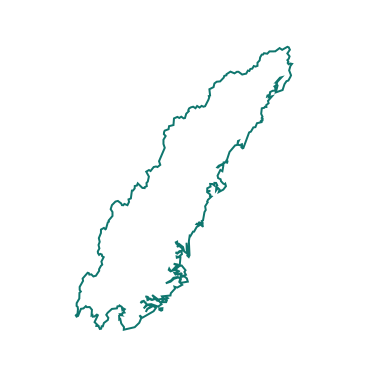 Thandwe, Rakhine, Myanmar (Albers equal-area conic projection), rotated 227°
{"feature_id": "60261553B46892654123535", "entity_name": "Thandwe", "entity_type": "district", "adm_level": 2, "iso_a3": "MMR", "parent_name": "Myanmar", "parent_adm1": "Rakhine", "projection": "albers", "projection_center": [94.444, 18.437], "detail": "fine", "context": "isolated", "style": "outline", "palette": "teal", "viewbox_px": 384, "rotation_deg": 227, "n_neighbors": 0, "source": "geoboundaries", "source_scale": "gbopen_adm2", "svg_char_len": 6026}
<svg xmlns="http://www.w3.org/2000/svg" viewBox="0 0 384 384"><g transform="rotate(227 192 192)"><path d="M246.6,203.9L242.9,202.2L237.0,188.9L233.5,187.3L233.8,183.8L235.2,183.1L236.4,181.0L235.6,176.0L237.4,175.5L238.1,172.4L232.7,171.0L229.8,166.8L229.6,164.8L227.1,162.9L227.8,160.7L227.2,160.0L228.8,158.5L235.3,158.2L234.3,156.1L235.4,154.2L233.7,152.5L233.3,149.8L234.0,149.0L229.0,142.9L229.9,140.5L227.7,139.2L226.4,135.8L229.4,134.4L229.2,132.7L230.2,131.8L231.9,132.4L236.0,131.7L237.2,129.5L237.0,124.5L234.9,120.8L231.6,120.2L228.7,117.5L228.0,111.6L227.0,111.0L227.2,109.7L223.7,103.9L223.8,103.2L225.8,103.1L226.6,99.8L224.1,97.4L221.8,92.4L218.5,90.5L217.0,87.5L213.9,85.8L212.8,82.6L211.5,81.6L209.4,81.2L209.3,82.7L207.8,83.4L206.3,82.5L204.6,83.0L202.9,78.3L200.1,76.8L200.1,75.0L198.9,71.4L197.7,70.4L196.3,64.6L197.5,62.3L200.4,62.2L201.6,60.6L203.1,61.2L204.1,60.6L203.3,53.0L201.3,51.7L199.2,45.1L197.0,43.1L195.0,42.8L195.0,40.9L190.9,36.9L189.4,31.9L187.4,29.9L185.9,30.0L184.1,28.7L181.0,25.2L181.0,22.9L179.6,22.6L179.1,24.2L182.3,31.1L180.9,33.2L180.9,36.5L179.6,36.5L177.6,38.7L174.1,38.5L170.2,34.3L169.9,35.3L168.5,34.4L167.5,35.7L167.2,38.8L166.1,39.1L163.3,32.0L159.3,32.2L159.9,31.6L159.3,30.7L157.8,32.2L154.7,31.2L154.0,32.3L155.4,34.4L154.6,35.2L156.3,38.3L155.8,43.1L157.0,45.0L160.6,45.5L161.2,47.9L161.1,53.7L158.1,57.7L159.2,59.5L158.1,60.9L158.4,61.6L155.9,62.3L153.7,60.9L154.0,62.3L152.1,62.9L151.9,60.7L149.9,60.4L150.9,58.7L150.3,57.7L151.4,56.4L149.8,56.5L151.3,55.3L151.3,54.4L148.3,51.8L148.0,52.9L144.1,50.6L139.6,50.1L137.8,48.2L132.2,57.9L132.3,64.2L134.4,68.9L137.6,69.5L133.9,70.0L131.0,82.6L131.8,86.6L135.1,85.9L136.8,79.6L135.8,76.4L137.0,79.6L135.9,85.9L139.8,82.2L139.8,77.3L140.6,82.2L145.1,82.3L145.9,78.7L146.3,80.4L145.3,82.5L140.2,82.4L137.8,85.7L131.3,89.1L130.7,93.2L134.5,93.6L136.5,92.3L138.8,92.4L140.2,89.2L140.8,88.7L142.7,88.3L143.0,86.3L143.5,85.9L144.7,86.6L145.1,87.8L147.5,86.7L145.5,88.1L144.9,88.0L143.4,86.2L143.0,88.5L140.2,89.5L139.7,92.4L143.8,92.6L136.5,93.9L133.6,98.2L136.2,98.8L131.0,105.7L132.4,107.4L132.9,113.7L134.7,114.6L132.2,116.0L130.8,121.5L134.9,121.4L136.8,124.7L139.0,123.4L140.8,119.7L141.0,115.2L143.1,110.6L141.6,116.6L141.9,119.9L139.8,123.3L137.3,125.0L135.9,124.6L134.6,121.9L132.8,122.4L129.3,127.8L132.3,129.3L135.6,128.8L137.4,126.0L139.6,128.0L141.4,125.0L142.7,124.9L142.9,123.7L143.3,123.7L144.7,124.0L143.6,125.4L143.5,128.0L146.9,125.8L148.6,122.2L150.9,121.9L151.5,123.1L148.7,122.5L148.1,123.3L148.4,128.9L147.7,131.3L152.0,129.7L148.7,132.1L147.2,132.0L146.9,133.2L152.3,139.2L153.4,138.8L153.3,137.9L154.3,136.1L155.3,136.8L153.7,137.8L153.4,142.2L155.4,143.5L156.5,142.9L157.0,139.2L159.0,138.7L157.3,140.1L157.3,142.5L155.8,144.5L157.0,146.4L161.2,145.9L162.3,143.6L162.1,146.0L164.9,145.3L166.2,145.8L165.8,147.2L164.5,146.1L163.1,147.1L157.9,147.9L154.0,145.8L150.5,146.4L150.1,147.2L152.9,148.4L158.6,153.4L150.0,147.7L148.7,145.2L146.7,145.3L147.4,147.0L158.2,156.2L161.6,160.5L160.8,160.7L162.3,165.7L161.6,166.5L163.2,171.5L162.5,175.3L165.4,173.3L165.5,173.9L164.0,175.3L165.5,176.8L164.0,176.3L163.9,177.1L162.1,177.6L162.1,178.7L164.1,179.4L163.8,180.8L168.8,187.4L169.5,189.8L172.6,191.9L173.8,196.5L174.6,196.5L175.4,198.3L175.4,203.2L176.8,202.4L177.7,203.6L181.6,203.0L184.3,205.7L183.3,209.3L185.5,210.8L183.9,212.4L181.6,212.8L183.4,214.6L182.2,215.8L179.6,215.0L179.6,213.8L176.7,210.7L177.2,213.7L174.9,213.8L173.7,211.6L172.4,216.5L173.1,220.8L175.4,222.0L175.4,221.1L176.9,220.6L180.2,220.6L181.8,221.6L184.3,220.6L186.5,221.8L188.8,227.8L186.5,228.4L189.9,232.9L190.9,232.9L192.1,230.9L192.2,227.6L192.8,227.3L193.0,229.4L191.4,234.2L192.5,236.0L191.0,234.4L191.3,236.5L189.5,237.7L190.2,238.8L192.0,237.8L191.3,238.8L195.7,246.8L196.7,255.3L195.5,257.3L197.9,260.4L197.6,261.2L196.6,258.7L194.9,258.0L192.1,260.0L193.1,260.6L192.9,261.1L191.6,260.2L191.1,258.7L189.5,258.7L189.1,259.5L196.6,274.4L196.0,276.3L197.4,280.9L196.2,282.6L198.0,286.4L195.8,290.3L196.9,290.6L197.0,292.0L196.2,291.4L196.2,292.3L197.5,293.7L198.6,293.5L199.0,294.9L202.0,295.9L205.6,300.1L204.3,302.4L204.6,303.4L203.5,304.4L204.9,305.5L204.7,308.6L206.8,309.7L207.4,315.8L208.8,313.0L209.8,314.7L210.6,312.2L211.1,313.0L210.2,315.0L211.8,317.3L211.0,320.1L209.3,322.0L211.5,324.1L213.0,324.3L212.5,326.6L214.2,327.8L214.7,329.4L215.0,328.8L215.6,334.3L214.8,335.8L214.4,329.6L213.2,327.6L211.5,327.2L207.7,321.2L204.8,327.8L207.8,333.2L208.6,336.7L207.8,338.5L209.1,342.4L209.8,344.0L214.7,346.0L217.1,350.0L217.5,352.5L219.1,351.4L219.6,349.8L221.1,350.0L221.8,351.5L223.4,351.7L223.5,353.7L224.7,355.9L228.3,356.2L229.3,360.6L231.8,361.4L233.1,360.8L234.5,354.9L237.5,354.2L238.1,348.8L242.0,344.5L241.8,341.4L244.4,339.3L244.1,337.7L244.9,336.7L244.0,333.7L242.1,331.2L241.9,328.1L239.6,325.9L240.4,324.0L242.0,323.1L241.1,320.2L242.2,318.6L241.4,316.5L242.7,315.7L241.6,312.4L243.7,308.8L248.2,308.0L249.3,306.8L249.8,304.0L253.8,302.2L254.6,297.6L253.9,296.7L254.9,294.8L254.0,293.2L253.7,288.0L255.8,285.3L256.1,282.4L254.0,279.3L255.3,274.8L250.2,271.0L250.7,269.7L249.5,269.2L248.3,267.0L245.8,260.1L246.6,258.5L248.4,257.8L248.6,255.1L251.4,254.4L250.9,251.7L253.6,251.0L254.7,248.8L255.1,246.8L254.3,245.0L253.3,244.8L253.2,241.2L250.9,237.3L251.6,236.1L254.4,235.5L254.8,233.2L256.9,232.5L258.1,229.0L253.6,224.1L255.8,220.1L253.9,217.7L255.5,213.9L254.9,212.5L253.5,210.9L250.9,210.9L249.7,206.8L246.6,203.9ZM142.9,128.1L143.2,125.8L144.2,124.0L143.0,124.0L143.0,124.7L142.6,125.3L141.5,125.4L140.0,128.5L139.2,128.6L137.3,126.7L135.6,131.1L138.7,131.9L139.2,133.9L145.3,134.3L146.4,132.4L146.9,126.2L144.6,127.9L142.9,128.1ZM130.8,101.9L134.1,101.0L135.5,99.1L133.2,98.6L131.2,99.9L130.8,101.9ZM129.8,99.5L132.6,98.4L132.6,95.2L132.0,94.8L129.1,98.0L129.8,99.5ZM127.2,91.1L129.1,88.7L128.2,87.8L126.3,88.5L125.9,89.6L127.2,91.1ZM161.0,176.2L159.7,176.3L159.6,176.5L161.0,177.5L161.0,176.2ZM180.0,206.0L181.2,205.3L181.2,205.0L180.0,206.0Z" fill="none" stroke="#0f766e" stroke-width="2"/></g></svg>